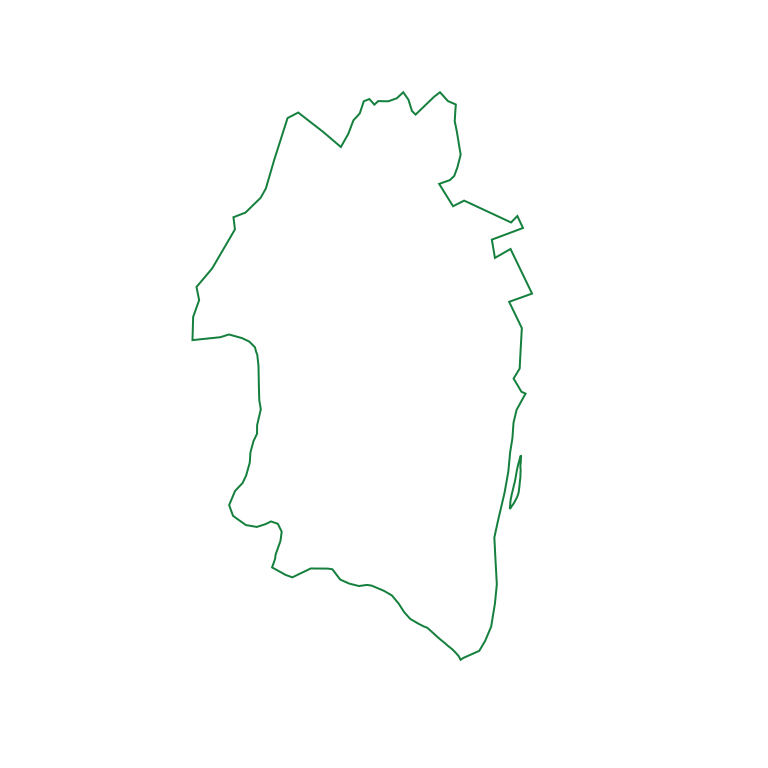 outline of Giza, Al Jizah, Egypt, rotated 64°
{"feature_id": "37247803B59036266241246", "entity_name": "Giza", "entity_type": "district", "adm_level": 2, "iso_a3": "EGY", "parent_name": "Egypt", "parent_adm1": "Al Jizah", "projection": "albers", "projection_center": [31.23, 29.943], "detail": "fine", "context": "isolated", "style": "outline", "palette": "green", "viewbox_px": 768, "rotation_deg": 64, "n_neighbors": 0, "source": "geoboundaries", "source_scale": "gbopen_adm2", "svg_char_len": 3850}
<svg xmlns="http://www.w3.org/2000/svg" viewBox="0 0 768 768"><g transform="rotate(64 384 384)"><path d="M102.4,342.1L102.7,354.1L134.4,384.4L156.5,404.5L162.6,413.3L169.2,433.4L168.1,446.2L179.7,450.2L204.8,487.8L214.6,510.0L227.6,513.4L240.0,526.1L260.6,536.9L270.2,510.6L271.5,501.7L280.4,491.6L286.8,486.5L294.4,483.9L298.9,484.8L302.2,485.1L312.0,488.6L313.4,489.2L328.3,496.1L341.4,502.1L343.9,503.2L352.7,505.8L365.4,516.1L373.0,519.9L378.1,526.3L385.5,532.8L386.9,534.0L395.8,539.1L405.9,548.1L411.0,554.5L414.8,564.7L424.9,576.2L427.0,576.5L436.3,577.5L442.1,574.4L450.3,569.9L456.7,561.0L458.0,552.1L458.0,545.8L463.1,540.7L471.9,540.7L479.6,545.8L484.6,550.9L489.7,556.1L493.5,558.6L499.8,565.0L512.5,556.1L517.6,551.1L517.6,542.1L517.7,530.7L525.3,515.4L527.9,511.6L540.6,509.1L548.2,502.7L554.6,495.1L557.1,487.4L559.7,483.6L569.9,474.7L577.5,469.6L581.6,468.6L587.7,467.1L597.8,465.9L606.7,463.4L614.3,458.3L619.4,454.5L622.0,452.0L631.3,448.2L634.7,446.9L638.6,445.2L643.5,442.9L647.2,441.4L651.3,439.4L653.0,438.7L656.9,437.4L661.6,436.1L665.4,436.1L665.0,432.7L665.6,415.4L659.4,405.9L649.0,394.0L629.9,380.5L613.5,370.4L591.9,361.3L585.8,358.7L570.3,352.1L556.5,341.2L534.7,323.4L517.3,310.7L500.9,300.7L488.8,292.2L475.8,284.7L475.4,284.4L475.2,284.2L474.9,284.0L465.4,276.2L455.8,262.6L454.7,261.0L451.2,263.9L435.9,265.1L429.6,255.3L414.4,246.9L394.2,235.6L365.0,235.5L367.6,211.3L318.1,211.1L319.3,229.0L301.5,223.8L304.7,190.7L291.5,190.5L294.5,199.0L269.8,219.0L254.3,231.6L254.5,244.0L228.3,246.7L229.6,235.5L227.8,229.7L221.5,223.1L211.4,214.5L205.5,212.8L200.5,211.3L196.2,210.0L189.1,207.9L183.8,206.5L178.9,205.3L172.4,201.6L169.2,199.8L164.3,196.9L163.0,198.0L159.5,201.0L157.7,202.5L146.3,205.8L147.8,213.1L155.7,237.5L150.9,239.2L139.3,237.4L130.2,238.8L132.8,247.2L131.8,256.2L127.2,265.2L128.7,270.2L121.5,272.2L121.0,278.2L130.2,287.2L133.6,295.9L143.5,306.4L152.1,318.9L130.9,328.1L116.1,335.4L102.4,342.1ZM550.9,325.2L551.0,325.3L551.1,325.2L551.1,324.9L551.0,324.7L550.9,324.6L550.8,324.4L550.7,324.2L550.3,323.6L549.9,322.9L549.5,322.2L549.2,321.5L548.8,320.9L548.6,320.4L548.3,320.0L548.0,319.6L547.8,319.1L547.5,318.7L546.5,317.4L545.6,316.1L545.0,315.3L544.7,314.9L544.4,314.5L544.1,314.1L543.7,313.7L543.4,313.3L543.0,312.9L542.7,312.6L542.5,312.3L542.3,312.1L542.0,311.9L541.8,311.7L541.5,311.4L541.3,311.2L541.0,311.0L540.8,310.8L540.5,310.6L540.3,310.4L540.0,310.2L538.8,309.4L537.5,308.6L536.3,307.8L535.0,306.9L534.1,306.4L533.1,305.8L532.2,305.2L531.3,304.7L530.4,304.1L529.5,303.5L528.6,302.9L527.7,302.4L527.4,302.2L527.1,302.0L526.9,301.9L526.6,301.8L526.4,301.6L526.1,301.5L525.0,301.0L524.4,300.7L523.6,300.2L523.0,299.9L522.2,299.4L521.6,299.1L521.3,298.9L521.0,298.8L520.8,298.7L520.6,298.6L520.4,298.5L520.2,298.5L519.9,298.4L519.7,298.3L519.5,298.2L519.3,298.2L519.0,298.1L518.8,298.0L518.6,297.9L518.4,297.8L518.2,297.7L517.8,297.5L517.3,297.2L516.9,297.0L516.4,296.7L516.0,296.5L515.4,296.1L514.8,295.7L514.3,295.4L513.4,294.9L512.5,294.4L511.5,293.9L510.8,293.5L510.1,293.1L509.4,292.7L509.2,292.5L509.0,292.4L508.9,292.4L508.9,292.5L508.7,292.5L508.6,292.8L508.7,293.0L508.8,293.1L508.9,293.3L509.0,293.3L509.3,293.5L509.6,293.8L510.2,294.3L510.8,294.8L511.4,295.4L512.0,295.9L512.9,296.6L513.7,297.4L514.6,298.2L515.5,298.9L517.0,300.2L517.9,300.9L518.8,301.6L520.5,302.9L522.2,304.1L523.6,305.2L525.0,306.1L526.3,307.1L527.0,307.6L527.7,308.1L529.0,309.1L530.2,310.1L531.4,311.2L532.7,312.2L533.8,313.1L534.9,314.0L536.0,314.9L537.1,315.8L538.4,316.9L539.7,318.0L541.1,319.0L542.5,320.1L543.3,320.7L544.0,321.2L544.5,321.5L544.8,321.7L545.1,321.9L545.4,322.1L545.7,322.3L546.6,322.8L547.5,323.3L548.3,323.8L549.1,324.3L549.3,324.4L549.4,324.5L549.5,324.5L549.8,324.7L550.0,324.8L550.3,325.0L550.5,325.0L550.8,325.2L550.9,325.2Z" fill="none" stroke="#15803d" stroke-width="2"/></g></svg>